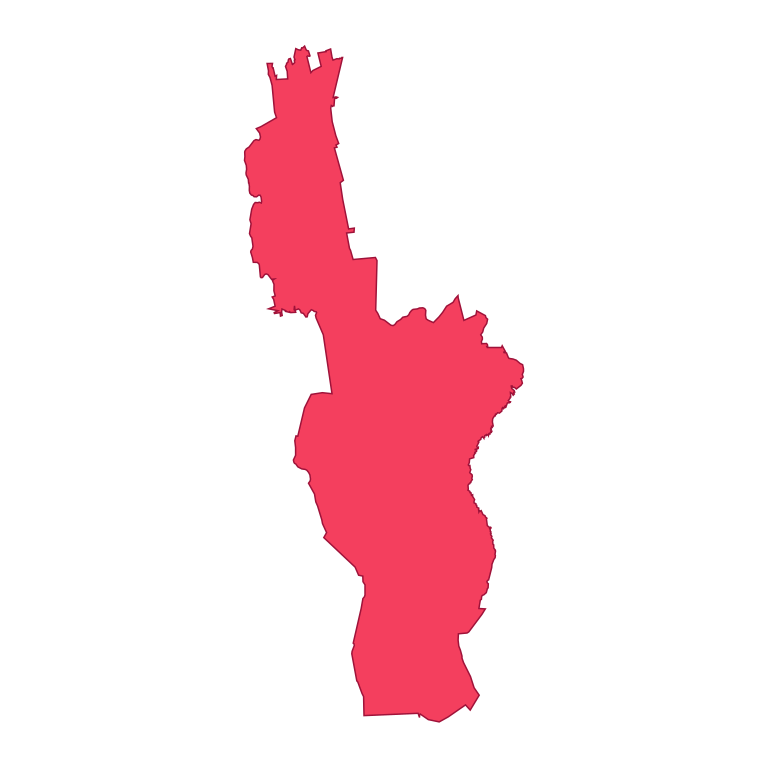 Aquismón, San Luis Potosí, Mexico (Equal Earth projection)
{"feature_id": "50627088B80825947676467", "entity_name": "Aquismón", "entity_type": "district", "adm_level": 2, "iso_a3": "MEX", "parent_name": "Mexico", "parent_adm1": "San Luis Potosí", "projection": "equal_earth", "projection_center": [-99.086, 21.748], "detail": "fine", "context": "isolated", "style": "filled", "palette": "rose", "viewbox_px": 768, "rotation_deg": 0, "n_neighbors": 0, "source": "geoboundaries", "source_scale": "gbopen_adm2", "svg_char_len": 6072}
<svg xmlns="http://www.w3.org/2000/svg" viewBox="0 0 768 768"><path d="M364.0,715.6L418.1,713.3L419.3,716.9L419.5,716.9L419.6,715.0L420.2,714.0L428.3,719.6L439.2,721.9L448.2,716.9L465.5,704.9L470.2,710.1L479.2,695.2L474.1,687.8L470.5,676.6L463.5,662.5L462.0,658.1L462.0,656.1L460.4,650.2L458.8,646.1L458.1,640.2L458.4,633.8L467.1,633.0L468.8,631.9L482.1,614.1L485.3,608.9L478.9,608.5L480.3,600.2L481.4,599.3L481.6,596.7L482.2,595.5L484.0,594.7L486.3,592.6L487.4,588.5L488.1,587.9L488.3,583.7L487.4,583.0L486.9,581.6L487.6,580.4L488.6,579.9L491.7,567.7L492.0,564.2L493.8,559.5L495.1,557.7L495.4,555.5L495.0,554.5L495.5,551.3L495.1,550.6L495.4,550.2L493.8,548.1L493.7,544.8L492.9,544.1L492.7,541.3L493.2,540.2L491.4,537.9L491.9,536.3L490.6,534.7L491.1,533.7L490.5,533.2L491.0,532.0L490.3,531.4L490.3,529.8L489.7,528.7L490.9,528.2L491.0,527.6L490.6,527.2L489.3,527.3L487.3,525.6L486.4,518.7L486.9,518.2L485.4,516.9L485.0,515.7L483.0,514.6L481.2,510.7L480.5,511.3L479.7,510.6L478.9,512.0L478.5,509.2L478.8,508.2L476.8,507.1L476.7,505.3L475.9,504.8L475.9,503.7L474.1,502.9L474.0,501.5L474.6,499.6L472.6,496.4L472.6,494.8L471.5,495.3L470.9,492.7L470.0,492.6L469.9,491.4L467.9,490.1L468.3,489.2L468.0,485.3L468.6,484.2L469.8,483.6L469.9,482.9L470.8,482.5L470.9,481.6L472.3,479.6L471.8,478.3L472.3,476.5L472.1,474.8L469.7,472.7L470.8,469.6L470.2,468.4L469.9,465.5L468.6,465.5L468.3,464.9L469.3,462.6L469.6,458.9L473.8,457.6L473.6,455.3L474.4,454.6L474.7,453.3L475.3,453.1L474.9,452.3L476.5,451.5L476.7,449.7L475.3,449.8L475.2,449.4L478.2,448.5L478.3,447.2L477.4,447.5L476.8,446.3L478.9,442.1L478.1,441.7L478.3,441.0L480.8,439.4L481.0,438.1L482.2,436.9L482.7,436.7L483.9,438.3L484.0,437.5L484.8,437.0L484.8,435.6L486.5,434.6L486.7,435.4L488.2,434.4L488.5,435.4L489.0,433.6L489.6,433.7L490.0,434.6L490.1,432.9L490.6,432.2L491.3,432.4L491.9,431.2L490.9,430.7L491.3,429.2L490.7,428.9L490.9,428.0L492.2,427.5L491.6,426.3L493.2,426.0L492.4,421.9L492.7,418.7L494.5,415.9L495.2,415.9L495.5,414.2L496.2,414.4L497.6,412.7L499.4,413.1L501.8,411.1L502.1,408.4L502.6,407.5L503.3,407.7L503.2,409.3L504.9,406.2L505.2,406.0L505.3,407.5L505.8,407.3L507.4,402.9L509.4,402.8L510.3,402.3L510.5,401.8L509.2,401.5L508.3,400.5L510.1,398.2L510.1,397.2L510.8,397.0L510.4,392.5L512.2,393.5L513.2,395.2L514.3,394.0L513.6,392.8L513.7,392.3L514.7,392.1L514.2,390.6L511.7,388.5L511.2,386.0L512.0,385.8L513.0,387.3L514.5,387.4L516.3,389.0L521.0,385.3L522.4,383.2L521.6,380.1L520.9,378.7L522.2,378.2L523.1,377.0L522.3,374.4L523.5,371.4L523.5,368.8L522.6,364.7L520.0,363.4L516.3,360.2L513.0,359.0L509.0,358.4L508.1,357.0L506.5,352.9L504.0,352.6L503.8,352.1L505.3,351.4L502.2,345.8L501.5,347.5L487.3,347.5L486.8,346.5L487.7,346.4L487.4,344.5L486.5,343.5L481.7,343.7L481.4,341.5L482.4,339.2L482.3,337.1L480.7,334.8L482.7,332.0L483.7,328.1L486.7,323.5L487.6,319.2L485.9,317.6L485.4,315.6L476.7,310.9L475.9,315.0L463.9,320.4L458.2,297.9L458.0,295.6L455.2,298.7L453.1,302.3L446.6,306.2L442.7,312.3L439.0,316.9L433.4,322.6L428.1,320.2L426.2,318.9L425.5,315.2L425.8,310.3L424.7,308.6L422.9,307.8L419.4,308.0L417.4,308.9L413.1,309.4L411.6,310.4L409.8,312.6L408.8,314.8L407.2,316.3L402.8,317.2L400.6,319.5L397.0,321.7L394.8,324.6L393.1,325.6L390.9,325.2L384.4,320.2L380.2,318.7L377.8,313.4L375.7,310.2L377.0,260.6L375.4,257.5L353.1,259.5L350.5,250.3L349.5,248.4L346.6,233.0L354.0,232.2L354.3,228.1L348.6,228.9L342.7,199.4L340.2,182.7L343.4,180.3L334.4,147.9L337.0,147.2L336.0,145.0L338.7,143.5L335.8,135.6L332.2,121.6L330.7,108.2L331.3,105.5L332.6,106.4L333.6,105.6L334.0,105.7L334.6,98.3L336.4,98.3L337.6,97.4L336.0,96.9L333.1,97.5L342.6,57.5L341.9,57.5L341.8,58.2L339.5,58.3L339.2,58.9L336.9,58.7L333.0,60.1L332.0,57.2L330.6,49.0L325.9,50.8L326.1,51.6L317.9,53.0L321.2,66.4L312.9,70.5L310.9,72.7L306.9,56.5L307.7,55.9L309.2,56.3L310.0,55.9L308.4,50.9L306.9,50.5L306.1,49.7L304.6,46.1L302.6,47.9L301.7,47.8L300.7,50.2L298.1,49.7L295.8,48.6L294.0,57.1L295.0,59.8L294.3,60.2L294.7,62.6L292.1,64.9L292.4,64.3L290.4,58.5L288.9,58.9L288.4,59.7L288.0,62.1L286.6,63.3L286.6,64.2L285.5,66.4L287.2,71.3L287.7,78.9L276.3,79.5L276.6,75.4L275.1,76.2L273.1,67.8L272.6,67.9L272.0,66.4L272.5,63.4L267.1,63.5L268.5,70.9L268.3,74.3L270.0,77.5L272.1,85.4L274.6,112.1L276.5,117.7L260.6,126.8L256.3,128.6L259.6,133.0L260.5,137.0L259.9,139.2L258.9,140.3L256.0,139.6L254.0,140.6L249.1,147.0L246.3,148.9L244.9,151.1L244.7,152.2L244.9,156.6L244.5,160.4L246.3,165.4L246.6,169.3L246.0,172.9L246.2,174.9L248.3,179.3L248.6,182.9L248.9,182.9L249.4,186.4L249.3,190.4L249.8,193.1L251.4,195.0L253.1,195.6L254.1,196.7L256.6,196.8L258.6,195.2L260.1,195.2L261.1,197.2L261.6,201.5L261.3,203.0L259.2,202.2L257.9,202.7L255.2,202.5L253.6,204.4L251.7,209.2L249.9,219.8L251.1,223.7L249.5,233.6L250.6,236.2L251.8,237.8L253.0,246.3L252.3,249.2L251.1,250.4L250.7,252.0L252.4,257.5L253.3,262.3L257.3,262.4L258.9,263.9L259.3,264.9L260.4,276.9L261.1,277.7L262.5,277.5L264.7,274.5L266.2,273.9L268.0,274.6L271.5,279.3L274.4,279.0L272.4,280.4L274.0,284.4L273.9,290.8L275.2,295.9L272.2,297.0L273.7,299.5L275.1,306.2L268.6,308.8L277.9,310.7L274.2,312.6L274.5,313.5L280.1,312.6L280.5,316.1L282.2,315.5L281.6,312.0L282.0,309.0L285.8,310.7L285.5,311.4L289.8,312.4L289.8,311.9L290.8,312.6L295.7,312.3L295.2,310.6L294.1,309.8L294.5,305.8L294.9,309.2L295.6,310.0L298.5,308.9L299.9,310.0L301.2,312.8L303.4,313.4L305.9,317.0L307.2,316.8L307.9,313.7L311.3,309.7L313.4,310.6L314.1,311.4L316.2,311.8L316.6,312.6L315.5,315.3L316.1,318.0L323.3,334.8L332.0,393.7L322.3,392.7L311.2,394.4L304.5,407.9L297.8,436.2L296.0,435.9L294.8,440.7L295.6,447.6L295.6,455.3L293.4,460.0L293.8,462.0L294.5,463.3L295.8,464.0L297.9,466.9L301.7,468.9L305.2,469.4L306.8,470.2L308.6,472.4L309.9,474.9L310.5,479.1L310.1,481.0L308.5,483.2L314.5,494.0L315.8,501.9L317.6,506.0L321.8,519.8L322.5,523.6L326.6,532.6L323.8,537.6L355.1,567.1L358.6,575.2L362.8,576.1L363.0,581.7L365.0,584.8L365.0,595.1L364.4,596.8L362.9,598.6L361.2,608.4L353.2,643.2L354.0,643.8L354.3,645.5L352.1,651.3L351.8,653.8L356.8,680.9L357.8,682.0L362.0,693.4L363.6,696.6L364.0,715.6Z" fill="#f43f5e" stroke="#9f1239" stroke-width="1.5"/></svg>